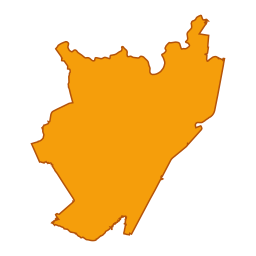 outline of Angamacutiro, Michoacán, Mexico
{"feature_id": "50627088B24652529578348", "entity_name": "Angamacutiro", "entity_type": "district", "adm_level": 2, "iso_a3": "MEX", "parent_name": "Mexico", "parent_adm1": "Michoacán", "projection": "albers", "projection_center": [-101.725, 20.14], "detail": "fine", "context": "isolated", "style": "filled", "palette": "amber", "viewbox_px": 256, "rotation_deg": 0, "n_neighbors": 0, "source": "geoboundaries", "source_scale": "gbopen_adm2", "svg_char_len": 5694}
<svg xmlns="http://www.w3.org/2000/svg" viewBox="0 0 256 256"><path d="M55.7,48.8L60.6,55.7L61.9,57.9L61.6,57.9L61.7,58.4L61.7,60.6L64.2,61.0L67.7,66.0L67.6,68.9L69.6,69.2L70.0,69.9L70.2,71.5L70.1,72.4L69.4,73.2L69.4,74.7L68.8,76.6L69.0,82.3L68.2,84.1L68.6,86.5L68.4,86.9L69.3,89.0L70.4,93.7L72.8,102.7L69.1,103.4L57.5,109.0L53.4,111.1L52.6,111.6L51.9,112.3L51.4,113.2L50.9,114.6L49.9,121.0L49.6,121.7L49.5,121.8L48.2,121.5L48.5,122.2L48.4,123.4L48.1,123.7L45.2,124.9L43.9,125.2L43.9,125.6L43.8,125.9L43.0,126.5L42.8,128.0L42.1,127.9L42.3,128.7L42.9,128.6L42.8,130.9L42.9,131.9L43.9,134.8L43.1,138.2L42.0,139.4L41.0,140.3L39.7,141.0L38.7,141.3L38.3,141.3L38.2,141.7L31.5,143.7L39.6,162.0L40.2,161.8L44.1,163.0L44.3,162.7L44.0,162.6L43.9,162.5L44.0,162.4L44.5,162.3L44.8,162.4L46.0,161.6L46.2,162.0L46.9,162.6L47.7,162.7L47.7,162.9L47.8,162.9L48.0,162.8L48.0,163.3L48.5,163.1L49.4,163.3L50.0,163.1L50.7,163.0L51.5,163.6L51.3,164.6L52.6,164.9L52.4,166.0L52.6,166.0L53.1,167.4L54.3,169.1L55.1,170.8L57.2,173.5L63.8,183.9L72.2,196.8L72.4,197.0L74.2,200.2L74.0,201.0L73.8,201.3L72.9,201.2L73.1,202.1L59.8,213.7L59.6,214.0L59.2,214.3L57.7,214.0L57.1,213.6L56.4,213.9L55.6,214.6L56.3,216.1L58.6,219.3L57.9,219.3L57.2,217.9L56.3,218.1L55.5,219.0L56.8,219.9L53.8,221.0L53.9,221.4L53.6,221.5L53.7,221.9L53.3,221.8L53.0,222.0L52.4,222.0L51.7,222.9L53.1,223.4L53.5,224.1L54.7,225.3L55.0,224.8L55.7,224.6L58.6,225.9L59.6,225.9L61.6,226.9L63.0,227.3L64.0,228.3L64.1,228.8L67.5,229.3L70.4,232.0L74.9,232.9L75.3,233.6L75.5,233.8L76.1,233.4L77.7,235.5L78.7,236.2L79.6,236.5L81.0,237.8L82.3,237.5L82.9,237.2L86.3,239.6L88.6,239.9L90.6,240.4L92.2,240.6L93.4,240.6L95.0,240.4L96.1,239.9L96.3,239.1L97.2,238.9L100.7,235.9L100.9,236.0L102.7,235.1L105.2,232.6L105.5,231.7L106.0,231.2L107.9,230.2L109.6,228.9L110.6,227.4L110.4,227.1L111.1,227.3L111.3,226.8L111.5,226.7L111.7,227.3L111.6,227.7L111.7,228.1L111.6,229.3L111.9,229.3L111.9,227.3L112.1,227.0L112.2,226.4L112.8,226.5L112.9,226.1L112.9,225.8L112.6,225.4L113.4,224.9L113.7,223.9L114.3,224.1L115.1,224.0L115.5,223.6L114.8,223.3L114.9,223.0L115.4,222.9L115.8,222.6L116.4,222.6L117.4,222.2L117.4,221.5L117.8,221.5L118.0,220.5L118.3,220.7L118.6,220.5L118.8,220.6L119.0,220.9L119.3,220.6L119.8,219.6L120.4,219.3L120.4,219.1L120.1,218.6L119.8,218.5L119.3,218.7L119.2,218.6L119.5,218.3L120.9,217.9L121.2,217.7L121.4,217.5L121.4,217.1L121.7,217.1L121.7,216.5L121.8,216.1L122.2,216.1L122.1,216.9L122.4,217.1L123.3,216.9L123.6,216.3L125.0,216.3L125.3,216.2L125.7,216.3L125.7,216.8L125.8,216.7L125.9,216.9L126.4,217.1L126.2,218.3L125.9,218.4L126.0,218.7L125.6,219.4L125.6,219.6L125.3,219.6L125.5,220.5L125.2,222.5L125.5,223.0L125.0,223.2L124.8,223.6L124.4,223.7L124.4,223.8L125.1,224.1L125.4,224.5L126.0,224.6L125.9,225.1L125.4,225.1L124.9,228.2L124.7,228.7L124.4,230.7L123.8,233.1L124.1,233.9L125.0,233.8L126.2,234.3L127.4,234.5L129.4,234.8L129.7,233.3L131.5,234.1L150.2,198.8L154.9,190.3L160.7,179.2L161.7,179.5L162.8,178.9L161.2,177.8L161.6,176.9L161.1,176.8L161.6,175.9L162.4,176.1L170.9,159.9L171.5,159.1L172.5,158.0L186.4,146.5L187.6,145.0L187.5,144.1L187.6,143.4L187.8,143.5L188.4,144.1L201.4,129.6L201.8,128.7L201.8,128.1L201.1,126.2L200.6,125.9L195.9,127.7L195.6,126.7L195.3,125.0L195.5,124.2L196.4,122.9L197.6,122.5L200.3,122.6L201.8,122.5L202.5,122.2L205.0,120.6L205.2,120.3L208.6,118.0L208.9,117.6L210.0,117.1L210.9,116.5L212.4,115.1L213.4,113.7L214.0,112.5L214.6,110.8L217.7,95.3L223.5,64.4L223.5,64.0L224.5,58.6L223.4,58.4L223.1,58.5L222.9,59.8L222.8,60.0L222.7,59.8L219.3,58.3L219.3,58.6L218.4,58.6L218.2,58.3L218.1,57.6L215.9,56.6L215.0,56.6L214.0,56.8L212.8,57.2L209.0,59.9L209.0,60.2L207.7,61.2L207.2,61.1L206.6,59.2L206.9,55.5L206.8,54.7L205.2,54.5L205.1,54.3L207.0,53.5L207.5,53.1L208.4,47.2L207.7,47.0L208.7,35.4L199.2,33.9L205.0,25.2L206.0,24.1L206.4,23.2L205.4,23.5L204.7,22.4L206.3,21.7L205.2,20.2L205.1,19.9L206.5,19.7L207.7,20.9L208.1,20.9L206.6,19.4L205.6,19.5L204.2,19.9L203.5,19.9L202.9,19.6L202.4,18.6L201.3,15.6L200.7,15.4L198.9,16.1L197.0,17.2L196.5,17.7L196.1,18.5L195.5,19.4L194.9,20.0L194.1,20.5L192.5,21.1L191.8,21.8L191.2,23.7L191.5,24.7L191.7,26.7L191.5,28.2L187.8,32.2L187.3,33.1L187.1,34.1L187.7,38.2L187.7,38.9L187.4,39.9L186.5,40.9L185.7,41.6L185.8,42.2L186.4,42.6L187.1,42.7L188.1,43.2L189.1,44.4L189.4,44.9L189.5,45.5L189.3,46.1L188.9,46.7L186.5,48.4L185.7,48.7L185.1,48.8L183.3,48.6L181.8,49.1L181.4,48.7L180.9,47.7L179.7,43.8L179.1,43.0L178.2,42.5L176.7,42.2L175.5,42.1L170.8,42.8L169.2,42.6L167.7,44.0L166.2,45.7L165.1,48.1L165.2,48.9L165.7,49.5L166.0,50.4L165.9,51.1L165.1,52.2L163.8,53.4L162.1,54.3L161.8,54.8L162.1,55.7L163.2,57.5L164.0,59.6L164.7,61.8L164.8,63.3L164.1,66.2L163.1,68.4L160.7,71.5L158.5,73.0L156.4,74.0L154.7,74.4L152.4,74.5L151.5,74.2L150.9,73.8L150.4,73.2L149.9,72.3L149.8,71.0L150.0,68.6L149.8,67.5L148.9,65.3L148.2,62.1L147.4,60.8L143.5,57.0L142.3,56.5L141.2,56.3L140.4,56.4L139.0,57.8L138.1,58.0L133.1,57.4L130.8,56.2L128.7,56.6L127.8,56.6L127.4,56.3L127.0,54.4L127.2,52.2L127.0,51.2L126.5,50.3L124.2,48.2L123.3,47.0L122.9,46.7L122.4,46.6L122.0,46.7L121.8,47.0L121.7,47.5L122.0,48.0L121.9,49.7L121.4,50.7L120.9,51.1L118.9,52.1L116.2,54.0L114.4,54.7L110.6,55.4L110.2,56.0L110.1,57.6L109.8,58.5L109.3,58.6L105.9,57.5L105.1,57.4L104.5,57.4L103.5,57.8L102.2,58.5L101.0,58.7L97.0,57.8L95.9,57.7L95.3,57.9L94.8,59.4L94.6,60.5L93.6,60.9L92.6,60.7L91.5,60.0L89.6,58.3L88.5,57.8L87.2,57.7L85.7,57.9L84.9,57.7L81.7,55.1L77.9,52.5L76.5,50.7L75.8,50.2L75.2,50.0L74.2,50.1L72.2,51.7L71.4,51.7L70.2,51.0L69.4,50.4L68.8,49.4L68.2,48.2L67.8,47.0L68.5,44.3L68.5,43.3L67.9,42.6L66.9,41.8L65.8,41.7L64.0,42.3L61.2,43.5L59.5,44.5L58.2,45.4L57.4,46.8L55.7,48.8Z" fill="#f59e0b" stroke="#b45309" stroke-width="1.5"/></svg>